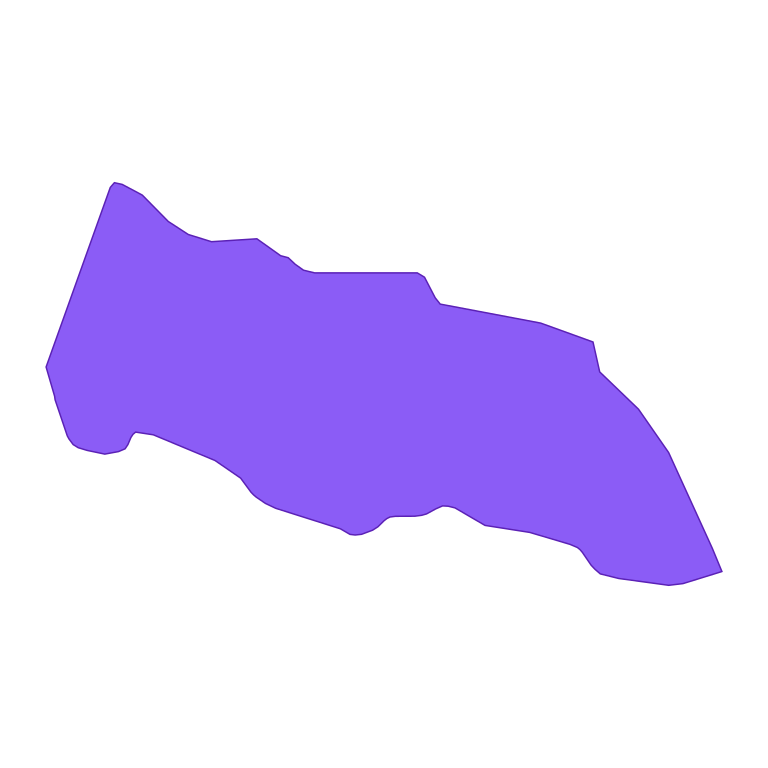 the Parish of Portland
{"feature_id": "JAM-1378", "entity_name": "Portland", "entity_type": "Parish", "adm_level": 1, "iso_a3": "JAM", "parent_name": "Jamaica", "parent_adm1": "", "projection": "mercator", "projection_center": [-76.532, 18.127], "detail": "fine", "context": "isolated", "style": "filled", "palette": "violet", "viewbox_px": 768, "rotation_deg": 0, "n_neighbors": 0, "source": "natural_earth", "source_scale": "10m", "svg_char_len": 1060}
<svg xmlns="http://www.w3.org/2000/svg" viewBox="0 0 768 768"><path d="M114.4,182.7L122.2,184.4L142.3,195.1L168.3,221.5L188.3,234.5L211.5,241.7L256.9,238.8L280.6,255.7L288.2,257.7L295.1,264.2L303.5,270.2L314.7,272.9L417.3,272.9L424.5,277.2L435.2,297.8L440.2,304.1L540.7,323.1L593.0,342.0L599.7,371.9L638.5,409.2L668.6,452.5L712.4,548.5L721.9,571.5L721.1,571.8L683.0,583.6L668.7,585.3L618.8,578.5L600.3,573.9L595.0,569.3L591.2,565.3L582.3,552.3L580.0,549.6L577.4,547.5L570.1,544.4L529.7,532.4L485.0,525.4L455.0,507.9L448.2,506.2L442.6,505.9L435.7,508.9L426.6,513.9L421.7,515.3L414.8,516.2L395.5,516.3L390.0,517.0L386.8,518.6L384.0,520.8L377.9,526.8L372.6,530.2L361.6,534.3L355.2,535.0L350.0,534.4L340.4,528.8L275.7,508.3L265.4,503.4L256.3,497.2L253.5,494.8L251.0,492.2L240.6,478.1L215.0,460.5L153.3,434.8L135.6,432.1L133.0,434.3L130.9,437.5L127.9,444.6L125.1,448.8L118.5,451.6L104.8,454.1L87.1,450.4L78.2,447.7L73.2,444.6L69.0,439.0L67.3,435.9L55.1,399.8L54.6,396.2L46.1,367.0L110.3,187.4L114.4,182.7Z" fill="#8b5cf6" stroke="#5b21b6" stroke-width="1.5"/></svg>